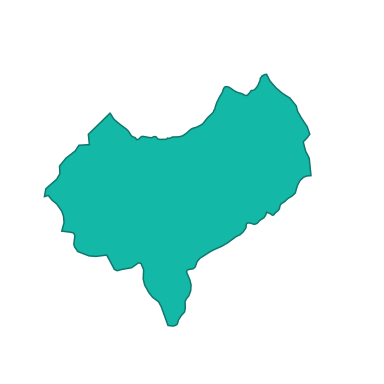 Martuni, Gegharkunik, Armenia, rotated 331°
{"feature_id": "60910142B24861736009361", "entity_name": "Martuni", "entity_type": "district", "adm_level": 2, "iso_a3": "ARM", "parent_name": "Armenia", "parent_adm1": "Gegharkunik", "projection": "robinson", "projection_center": [45.353, 40.06], "detail": "fine", "context": "isolated", "style": "filled", "palette": "teal", "viewbox_px": 384, "rotation_deg": 331, "n_neighbors": 0, "source": "geoboundaries", "source_scale": "gbopen_adm2", "svg_char_len": 5866}
<svg xmlns="http://www.w3.org/2000/svg" viewBox="0 0 384 384"><g transform="rotate(331 192 192)"><path d="M65.6,131.1L67.9,137.1L68.8,145.7L67.9,150.7L65.3,156.7L59.1,163.1L65.5,167.7L68.5,170.3L68.5,173.2L63.3,180.4L62.7,183.4L63.3,188.8L71.0,198.0L76.8,201.8L86.8,205.8L86.8,211.0L86.6,222.1L88.3,224.5L93.0,225.7L102.6,229.0L110.9,228.0L112.8,229.8L112.0,236.6L107.2,244.3L105.5,250.5L105.5,259.2L106.5,265.0L109.5,271.8L109.5,277.3L106.3,297.1L110.5,300.1L113.0,300.7L115.1,300.4L118.2,297.3L122.9,294.8L127.3,293.3L129.6,290.7L132.9,284.4L135.8,282.4L138.7,281.4L143.0,277.7L146.1,272.9L147.5,268.0L148.4,259.4L149.8,258.1L151.4,258.1L155.6,259.7L158.4,259.2L162.8,255.3L166.8,253.8L179.7,253.0L184.5,253.2L191.8,253.9L198.5,253.7L208.7,252.4L213.7,252.6L217.4,251.7L221.8,249.5L223.9,246.5L225.3,246.0L227.4,247.0L230.9,250.6L233.7,251.0L237.6,249.7L242.3,249.4L244.9,248.2L247.4,245.9L249.8,248.6L251.0,251.2L252.3,251.7L254.5,250.7L257.9,250.1L260.3,249.1L262.4,246.5L264.5,245.5L268.0,245.4L272.6,244.2L278.0,244.0L281.9,242.9L287.2,237.5L291.9,234.4L296.8,233.2L300.3,233.7L304.0,235.4L310.9,219.3L311.1,215.1L311.1,211.8L312.2,207.3L313.6,202.1L318.8,200.5L323.0,198.6L324.4,190.8L323.5,179.2L323.5,172.4L324.9,167.2L323.2,157.4L318.8,149.3L316.0,141.8L314.0,132.8L314.3,125.2L313.4,124.8L313.0,124.7L312.6,124.6L312.3,124.5L312.1,124.5L311.8,124.5L311.7,124.6L311.3,124.6L311.1,124.5L310.9,124.4L310.7,124.5L310.3,124.6L310.2,124.7L309.7,124.4L309.3,124.5L309.1,124.7L308.7,124.9L308.4,125.1L307.3,125.5L306.9,125.7L306.7,125.8L306.6,126.0L306.3,126.5L306.1,126.8L305.9,127.1L305.5,127.5L305.1,127.8L304.6,128.2L304.2,128.5L303.2,129.2L302.8,129.6L302.2,130.1L301.6,130.5L301.1,130.8L299.2,131.8L298.4,132.1L297.9,132.3L297.4,132.5L296.4,132.8L295.9,132.8L295.5,132.8L295.2,132.8L294.6,132.7L294.2,132.6L293.7,132.4L293.4,132.1L292.9,131.9L292.6,132.0L292.3,132.1L291.8,132.5L291.2,132.9L290.5,133.2L290.2,133.4L289.7,133.5L289.3,133.5L289.0,133.5L288.8,133.5L288.7,133.6L288.4,133.9L288.3,134.0L288.2,134.1L287.9,134.2L287.5,134.2L287.3,134.2L287.0,134.1L286.7,134.0L286.4,133.9L286.0,133.7L285.7,133.5L285.3,133.2L285.0,132.9L284.8,132.6L284.7,132.4L284.5,132.2L284.4,131.9L284.2,131.6L284.0,131.1L283.8,130.9L283.7,130.8L283.5,130.6L283.3,130.3L282.9,129.8L282.7,129.5L282.2,129.0L281.9,128.8L281.4,128.3L281.1,128.0L280.8,127.6L279.9,126.6L279.5,126.2L278.7,125.0L278.5,124.7L278.3,124.3L277.8,123.5L277.5,123.0L277.3,122.6L277.0,121.9L276.8,121.3L276.5,120.9L276.2,120.2L275.8,119.4L275.3,118.6L274.8,117.9L274.3,117.3L273.7,116.9L273.1,116.4L272.7,116.3L272.4,116.2L272.1,116.1L271.8,116.1L271.5,116.1L271.3,116.2L271.0,116.2L270.7,116.4L270.3,116.6L269.9,116.8L269.6,117.0L269.3,117.2L269.0,117.5L268.4,118.1L267.6,118.9L266.7,119.6L265.6,120.3L265.1,120.6L262.8,121.8L262.1,122.3L260.4,123.4L259.5,124.1L258.3,124.9L257.9,125.1L257.5,125.4L257.0,125.8L255.9,126.8L255.1,127.5L254.5,128.1L253.9,128.6L253.1,129.3L252.9,129.6L252.7,129.9L252.5,130.3L252.4,130.5L252.2,130.6L251.9,130.7L251.5,130.8L251.2,130.9L250.6,131.4L250.3,131.7L250.0,131.9L249.7,132.2L249.3,132.4L249.0,132.6L248.5,132.8L248.1,132.9L246.9,133.2L246.1,133.5L245.3,133.7L243.4,134.1L242.8,134.2L242.3,134.4L240.4,135.1L239.3,135.5L239.0,135.7L238.7,135.8L238.5,136.0L238.2,136.1L237.8,136.2L237.6,136.2L237.4,136.3L237.0,136.5L236.0,137.0L235.1,137.4L234.6,137.5L234.0,137.6L233.3,137.6L232.7,137.7L231.6,137.7L230.7,137.7L230.2,137.7L229.8,137.7L228.2,137.6L227.8,137.6L227.4,137.5L227.0,137.4L226.6,137.4L225.7,137.2L224.4,136.8L224.0,136.7L223.6,136.7L223.0,136.6L222.0,136.6L221.5,136.6L221.1,136.7L220.6,136.8L219.7,136.9L219.2,137.1L218.7,137.2L218.1,137.3L217.0,137.6L216.0,137.8L214.5,138.0L213.6,138.1L212.5,138.2L212.0,138.3L211.5,138.3L211.0,138.2L210.5,138.2L210.0,138.1L209.5,138.0L209.2,137.9L208.5,137.7L208.1,137.6L207.6,137.4L207.2,137.3L206.8,137.1L206.0,136.7L205.5,136.5L204.7,136.1L204.2,135.8L203.4,135.4L202.2,134.7L201.6,134.5L201.2,134.4L200.7,134.4L199.9,134.3L199.2,134.3L198.5,134.2L198.1,134.1L197.9,134.0L197.7,133.8L197.5,133.7L197.2,133.3L197.0,133.1L196.9,133.0L196.7,133.0L196.3,133.1L195.8,133.3L195.3,133.3L195.0,133.3L194.6,133.2L194.0,133.0L193.4,132.6L193.0,132.4L192.7,132.1L191.4,131.4L190.6,131.1L190.2,130.9L189.5,130.4L189.2,130.2L188.8,130.0L188.5,129.7L187.9,129.0L187.7,128.7L187.6,128.3L187.5,127.8L187.5,127.1L187.5,126.8L187.3,126.5L187.2,126.2L186.8,125.8L186.5,125.6L186.4,125.5L185.9,125.3L185.7,125.2L185.4,125.1L185.1,125.1L184.0,125.0L183.7,125.0L183.4,125.0L183.1,124.9L182.8,124.8L182.4,124.5L182.1,124.3L181.7,124.1L181.3,123.8L180.9,123.5L179.7,122.5L179.2,122.1L178.1,121.2L177.7,120.8L177.2,120.5L176.7,120.1L176.3,119.8L176.0,119.5L175.6,119.3L175.3,119.2L175.1,119.1L174.7,119.1L174.3,119.1L173.9,119.1L173.2,119.3L172.6,119.5L172.3,119.6L171.6,119.8L170.8,119.9L170.6,119.9L170.3,119.9L170.2,119.8L170.0,119.7L169.9,119.7L169.5,119.7L169.3,119.6L169.2,119.5L169.1,119.4L169.0,119.2L168.9,118.9L168.9,118.7L168.9,118.3L168.9,118.0L168.8,117.7L168.8,117.4L168.7,117.0L168.6,116.8L168.5,116.6L168.4,116.5L167.9,116.1L167.6,115.8L167.4,115.5L166.8,114.7L166.6,114.3L166.5,114.0L166.4,113.7L166.3,113.4L166.2,113.1L166.1,112.5L166.1,112.2L166.1,111.8L166.0,110.7L166.0,109.4L165.8,108.0L165.8,107.6L165.7,107.3L165.5,106.5L165.3,105.9L165.1,105.2L164.8,104.6L164.7,104.2L164.4,103.7L164.1,103.1L163.9,102.6L163.7,102.1L163.2,101.0L162.9,100.4L162.7,99.9L162.5,99.4L162.2,98.9L162.0,98.4L161.8,97.9L161.4,96.9L161.1,96.0L160.8,95.4L160.6,94.8L160.4,94.2L159.9,92.9L159.3,91.3L159.1,90.7L159.0,90.2L158.9,89.7L158.9,89.0L158.8,88.6L158.8,88.3L158.8,87.5L158.8,86.3L158.6,83.8L158.5,83.3L145.5,86.9L129.3,91.3L125.2,100.8L125.2,100.7L125.2,100.8L115.8,96.3L109.7,99.5L98.2,101.3L88.7,105.1L85.3,112.0L79.9,115.2L65.7,118.3L60.7,124.5L64.6,125.3L65.6,131.1Z" fill="#14b8a6" stroke="#0f766e" stroke-width="1.5"/></g></svg>